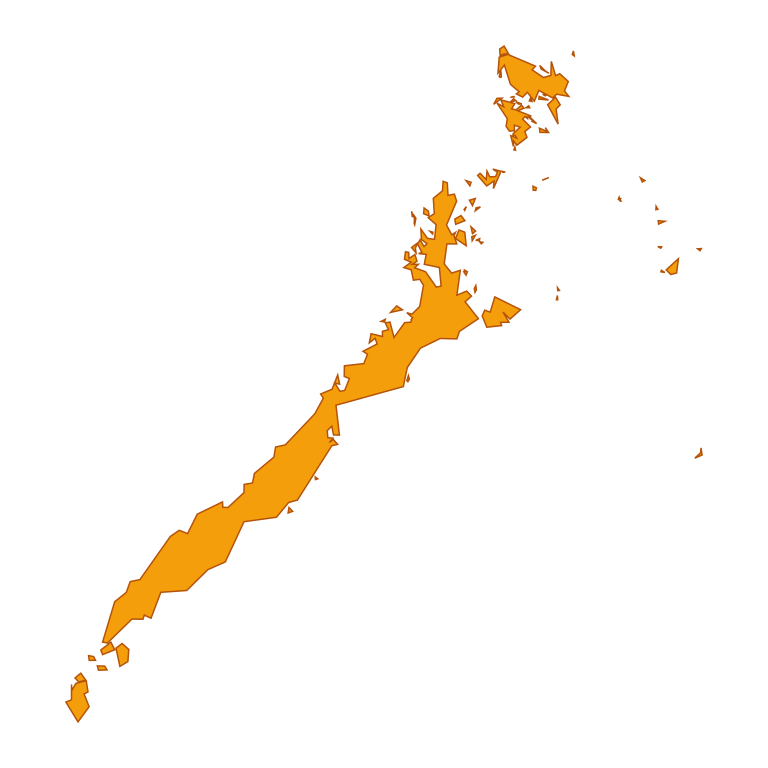 Palawan, Palawan, Philippines
{"feature_id": "2640588B20950743061684", "entity_name": "Palawan", "entity_type": "district", "adm_level": 2, "iso_a3": "PHL", "parent_name": "Philippines", "parent_adm1": "Palawan", "projection": "orthographic", "projection_center": [119.327, 9.944], "detail": "fine", "context": "isolated", "style": "filled", "palette": "amber", "viewbox_px": 768, "rotation_deg": 0, "n_neighbors": 0, "source": "geoboundaries", "source_scale": "gbopen_adm2", "svg_char_len": 6082}
<svg xmlns="http://www.w3.org/2000/svg" viewBox="0 0 768 768"><path d="M465.1,301.8L471.5,296.1L466.6,291.1L456.9,295.2L460.3,270.3L451.6,273.1L444.2,263.9L446.9,243.9L456.8,243.9L454.0,235.8L455.5,232.4L451.8,234.8L446.5,225.1L456.6,201.2L454.4,194.1L448.0,195.4L447.3,182.9L443.1,181.3L442.5,190.8L433.3,198.3L434.3,213.6L428.2,217.7L436.1,224.6L434.5,239.4L427.4,238.3L420.9,229.1L421.4,239.5L427.0,243.6L424.0,246.6L420.0,239.8L417.6,243.9L421.9,252.4L418.7,253.6L426.2,254.4L424.3,264.3L439.4,267.5L441.1,286.1L436.3,287.1L425.5,271.7L414.6,267.8L418.4,264.3L412.2,264.4L417.0,261.2L414.9,254.5L409.0,258.5L408.7,252.4L405.5,251.8L404.5,259.3L411.2,262.2L403.8,267.6L411.2,269.8L413.4,280.2L419.8,279.3L423.5,285.3L419.7,306.5L411.9,314.2L406.8,312.7L412.6,317.8L411.1,319.6L411.5,320.3L411.1,321.0L411.1,321.4L410.8,322.1L410.7,322.2L404.7,322.6L394.0,337.5L390.0,322.1L385.2,322.7L388.5,329.7L382.4,331.3L382.5,336.5L371.1,333.7L369.3,342.8L375.2,338.3L377.1,344.0L363.0,351.3L367.5,354.3L363.8,363.6L344.4,365.8L344.2,376.4L349.4,378.6L344.7,390.4L340.0,391.3L334.8,383.2L339.6,384.1L337.7,374.9L332.1,389.2L320.6,394.0L323.3,398.2L314.8,413.8L285.3,444.9L275.6,447.0L273.9,457.1L254.4,473.4L252.5,483.0L244.1,484.4L244.0,492.6L228.0,507.5L222.8,507.3L222.5,501.9L197.2,514.2L187.6,533.6L179.2,530.3L170.4,536.4L139.9,579.6L130.2,581.6L126.3,592.4L114.7,601.7L102.6,642.1L107.4,643.0L131.9,619.1L143.0,619.2L144.3,615.1L151.0,618.2L160.8,592.3L186.7,590.5L207.9,569.6L225.3,561.9L244.0,521.7L276.5,517.2L288.6,502.5L297.4,500.1L331.8,445.7L337.6,444.4L333.3,439.4L329.4,442.5L333.0,438.2L327.8,437.7L327.2,430.7L331.8,426.2L333.5,434.9L339.4,435.1L336.0,405.2L403.3,386.6L407.3,367.5L420.5,348.1L440.2,338.5L456.9,338.9L459.4,331.4L478.4,318.7L465.1,301.8ZM504.1,46.1L499.7,49.0L500.1,55.3L504.0,54.0L506.8,53.9L507.4,54.5L499.2,57.2L498.0,73.2L504.4,65.1L510.5,84.4L519.2,91.8L516.4,93.9L522.7,97.1L527.4,92.3L534.3,101.2L538.9,90.4L552.5,97.9L556.7,94.2L568.8,96.4L564.5,90.9L568.3,81.5L559.7,73.7L555.6,75.7L551.3,61.4L550.9,75.4L543.5,77.5L532.1,69.9L535.5,66.2L509.2,55.0L504.1,46.1ZM508.1,101.8L500.9,99.9L503.7,106.8L497.1,103.2L507.3,118.7L506.1,126.4L509.5,131.2L514.3,130.6L514.4,125.2L520.2,127.2L513.1,133.7L513.0,135.4L515.2,135.4L516.7,138.2L510.8,135.7L513.4,146.4L513.6,141.0L516.9,145.2L527.0,137.4L524.8,131.6L530.5,127.0L522.6,119.1L525.0,116.5L527.3,118.4L526.9,117.0L528.8,117.5L528.8,116.8L530.4,116.4L530.7,115.9L517.8,110.8L524.0,108.2L521.5,105.2L516.2,109.8L511.6,108.9L514.8,103.6L508.1,101.8ZM500.5,322.4L509.0,322.2L503.0,312.1L510.0,319.1L520.6,309.7L494.8,296.9L490.2,312.1L484.7,310.2L482.2,315.9L486.8,327.2L501.6,325.6L500.5,322.4ZM86.2,680.7L76.0,683.3L71.9,690.3L71.5,684.5L71.5,699.8L65.9,702.1L78.0,721.9L89.1,706.7L84.1,694.0L88.0,691.9L86.2,680.7ZM122.1,643.5L116.0,648.2L119.9,666.4L127.9,661.5L128.8,649.5L122.1,643.5ZM501.0,171.3L492.8,169.1L497.5,172.2L495.6,176.6L489.7,176.8L487.0,171.1L486.2,179.6L480.0,173.3L477.6,175.5L486.7,185.9L494.1,181.0L493.4,188.6L501.0,171.3ZM555.5,97.2L547.7,104.7L558.1,124.1L556.1,109.0L560.2,104.8L555.5,97.2ZM678.4,258.7L666.2,269.9L670.8,274.5L676.6,273.0L678.4,258.7ZM459.0,230.0L455.5,238.5L466.2,245.7L464.8,232.2L459.0,230.0ZM110.9,642.2L100.8,650.0L102.6,654.6L114.7,649.7L110.9,642.2ZM461.0,215.6L454.8,219.1L455.7,224.3L464.9,220.7L461.0,215.6ZM80.8,673.2L75.0,678.0L78.8,682.0L85.7,680.1L80.8,673.2ZM417.9,242.7L411.6,247.5L416.0,252.8L415.4,247.9L417.9,242.7ZM97.3,665.9L98.5,670.2L107.0,669.9L104.7,666.1L97.3,665.9ZM88.6,655.6L89.2,660.4L95.5,660.3L93.6,656.6L88.6,655.6ZM475.3,198.5L469.4,200.2L472.5,205.6L475.3,198.5ZM664.9,221.3L658.2,220.7L658.6,224.1L664.9,221.3ZM396.7,305.9L390.6,312.4L402.4,309.8L396.7,305.9ZM545.3,127.6L547.4,131.6L539.4,128.2L540.0,132.4L548.6,132.5L545.3,127.6ZM548.6,100.0L539.2,96.4L538.8,99.1L548.6,100.0ZM424.1,208.0L423.6,213.7L429.0,215.9L428.4,211.2L424.1,208.0ZM530.3,117.5L530.0,118.5L532.2,120.0L531.9,121.3L536.6,123.6L530.3,117.5ZM292.6,511.3L289.0,507.5L288.1,513.0L292.6,511.3ZM475.6,231.1L471.0,226.8L472.5,233.6L475.6,231.1ZM702.1,455.0L701.0,447.9L700.7,452.7L694.8,458.2L702.1,455.0ZM521.9,103.9L516.0,101.9L518.5,104.1L521.9,103.9ZM475.4,235.3L471.8,236.7L472.2,240.7L475.4,235.3ZM479.7,238.6L475.7,240.3L479.4,240.6L479.7,238.6ZM513.6,98.8L510.7,101.7L515.9,100.7L513.6,98.8ZM501.9,98.2L497.0,98.3L493.7,104.3L501.9,98.2ZM621.0,201.2L619.2,197.0L618.4,199.0L619.8,198.9L618.8,199.6L620.5,201.2L621.0,201.2ZM533.0,186.2L533.2,190.2L535.8,190.4L536.4,187.9L533.0,186.2ZM539.8,65.5L541.2,69.1L549.0,73.3L545.4,71.1L539.8,65.5ZM661.7,246.9L657.8,246.6L660.8,248.2L661.7,246.9ZM408.4,375.6L406.8,380.7L407.9,381.7L409.4,379.1L408.4,375.6ZM317.8,478.8L315.2,477.0L315.5,479.6L317.8,478.8ZM467.4,271.8L464.4,270.0L464.4,270.6L466.1,271.4L463.8,271.8L466.0,275.2L467.4,271.8ZM644.9,180.5L640.4,177.8L642.3,182.0L644.9,180.5ZM530.6,97.7L529.3,100.9L532.0,101.5L530.6,97.7ZM385.3,319.3L381.1,321.4L384.5,322.0L385.3,319.3ZM548.9,177.5L543.5,179.6L542.2,180.3L548.9,177.5ZM573.4,50.9L572.3,54.5L574.3,56.0L573.4,50.9ZM657.9,209.3L656.1,206.3L655.9,209.7L657.9,209.3ZM528.7,105.8L526.0,107.7L529.7,107.7L528.7,105.8ZM664.9,272.5L661.4,270.3L660.9,271.8L664.9,272.5ZM500.8,70.3L499.2,76.6L500.1,77.4L501.4,76.9L500.8,70.3ZM415.9,218.2L413.0,213.9L414.5,218.7L414.2,223.4L414.7,224.7L415.9,218.2ZM480.4,206.9L476.1,207.9L475.3,210.8L480.4,206.9ZM557.4,295.5L556.4,299.7L557.7,299.8L557.4,295.5ZM471.1,182.3L466.0,180.6L469.9,185.8L471.1,182.3ZM475.8,285.6L474.3,288.6L475.0,292.3L476.4,289.8L475.8,285.6ZM411.6,211.3L412.2,216.4L413.1,216.7L411.6,211.3ZM514.9,147.0L513.9,149.8L515.5,150.2L514.9,147.0ZM482.8,242.3L479.7,241.8L481.3,243.8L482.8,242.3ZM701.3,248.6L697.6,248.8L700.0,250.7L701.3,248.6ZM432.9,232.2L430.0,231.4L432.6,234.0L432.9,232.2ZM505.3,172.1L502.5,171.4L502.9,172.3L505.3,172.1ZM466.4,206.6L464.1,209.4L464.7,210.4L466.4,206.6ZM513.9,96.5L510.3,97.4L514.2,96.9L513.9,96.5ZM559.4,290.4L557.5,287.7L557.7,290.6L559.4,290.4ZM546.4,94.9L542.7,94.4L545.4,95.8L546.4,94.9Z" fill="#f59e0b" stroke="#b45309" stroke-width="1.5"/></svg>